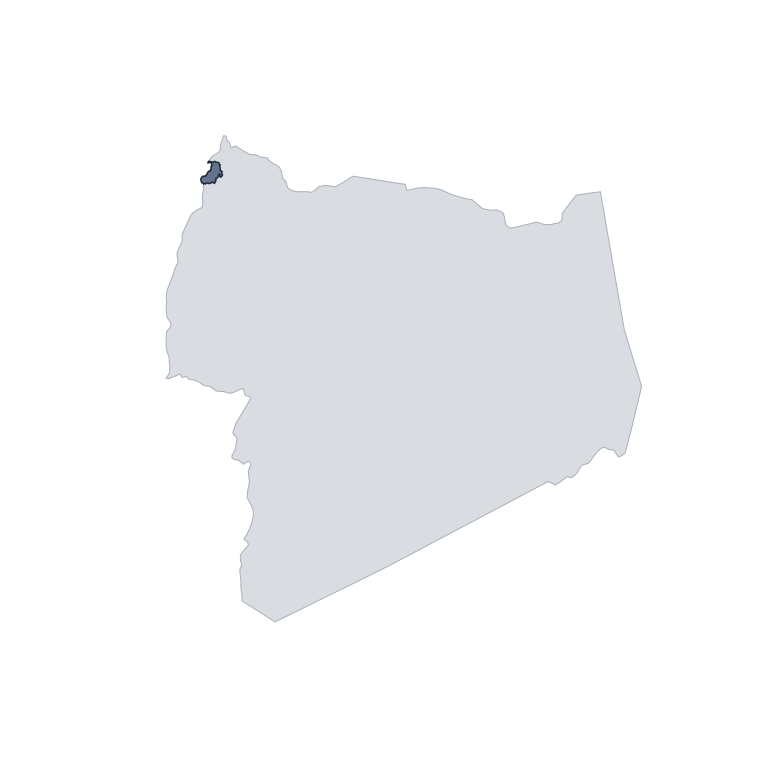 where Skikda sits in Algeria, rotated 293°
{"feature_id": "DZA-2166", "entity_name": "Skikda", "entity_type": "Province", "adm_level": 1, "iso_a3": "DZA", "parent_name": "Algeria", "parent_adm1": "", "projection": "albers", "projection_center": [6.827, 36.763], "detail": "fine", "context": "in_parent", "style": "filled", "palette": "slate", "viewbox_px": 768, "rotation_deg": 293, "n_neighbors": 0, "source": "natural_earth", "source_scale": "10m", "svg_char_len": 5633}
<svg xmlns="http://www.w3.org/2000/svg" viewBox="0 0 768 768"><g transform="rotate(293 384 384)"><path d="M549.8,139.3L550.3,140.8L550.4,142.2L548.4,143.5L547.0,144.3L545.4,147.9L542.3,150.4L541.8,151.1L541.8,151.8L543.9,152.8L544.7,153.9L545.0,155.3L544.1,160.3L542.9,169.2L543.0,171.1L543.8,173.4L544.6,175.2L544.9,177.2L544.7,182.2L545.7,185.1L546.6,187.8L544.7,191.1L544.0,194.1L543.5,198.3L543.4,201.0L542.2,203.4L540.6,205.8L538.8,207.2L536.6,208.5L534.1,210.1L532.1,214.5L527.6,218.1L526.7,219.4L526.3,222.3L526.4,226.3L527.2,229.5L529.4,234.2L531.4,239.4L531.9,242.0L532.7,243.0L535.4,244.7L540.1,246.9L540.9,247.9L543.3,251.4L545.6,257.8L546.3,262.0L554.7,268.4L562.8,273.9L563.4,274.9L568.2,294.2L569.9,301.1L576.1,325.8L573.8,327.3L571.2,329.1L573.2,332.4L577.1,337.8L579.6,342.2L580.4,344.1L582.4,349.5L584.0,354.8L584.4,356.5L585.1,360.6L584.8,371.9L586.3,386.1L588.0,393.2L585.9,399.7L584.1,405.9L584.4,409.0L585.6,413.8L586.8,417.3L588.3,419.1L588.2,425.1L587.6,427.3L583.3,430.6L578.5,433.6L577.2,436.0L576.9,438.8L577.6,440.9L592.3,460.7L592.9,462.7L593.3,468.4L595.9,475.5L598.6,478.5L599.6,480.8L601.5,482.4L603.3,483.5L604.5,483.7L610.8,481.5L621.9,484.2L632.4,487.0L633.2,487.6L639.7,498.2L645.5,508.1L528.4,583.6L515.2,594.5L483.7,621.1L481.2,622.3L439.4,629.3L417.6,632.6L416.5,632.7L415.3,632.8L414.4,632.7L412.6,631.9L410.4,630.2L408.9,629.4L408.6,628.1L409.5,626.5L410.7,625.0L411.1,623.8L411.9,623.0L412.9,622.3L413.0,621.3L412.3,619.5L411.7,617.2L411.8,612.9L411.9,611.0L410.0,609.3L406.3,607.4L402.9,606.2L401.4,605.7L397.6,604.9L392.4,603.6L390.5,602.7L387.3,598.6L385.7,597.5L377.9,596.5L375.3,595.7L373.2,594.6L371.4,593.3L370.5,591.0L370.3,589.3L369.7,588.4L361.2,583.6L359.1,582.0L358.0,580.6L358.1,578.6L358.5,576.2L358.3,574.0L358.0,572.9L218.1,459.2L210.9,453.0L194.7,439.1L122.5,376.7L128.4,340.3L128.9,338.5L129.4,337.7L132.1,336.8L136.5,334.3L138.2,333.2L140.2,332.1L147.4,329.0L148.9,328.0L155.9,324.2L157.5,323.7L160.9,323.8L162.5,323.1L164.6,321.5L167.7,319.7L169.7,318.9L170.2,318.8L171.3,318.8L177.0,320.3L179.4,321.1L182.2,321.9L183.2,321.8L184.1,321.2L185.4,319.8L185.9,318.0L186.2,316.5L186.4,315.8L187.0,315.6L188.2,315.8L189.9,316.3L193.4,316.7L194.6,316.6L198.5,316.8L204.2,316.5L212.4,315.1L216.5,312.8L219.6,310.2L223.0,306.1L225.8,302.6L230.6,300.8L234.6,299.8L236.9,299.5L242.0,298.0L250.8,293.0L257.7,292.9L258.6,292.5L259.7,291.6L259.9,289.8L258.9,288.4L257.6,287.6L256.7,286.7L255.7,286.5L255.3,285.6L255.8,284.0L256.1,282.6L256.9,281.2L256.9,279.1L256.2,276.9L256.1,275.3L256.3,273.9L256.9,272.8L258.4,272.1L260.0,272.0L262.3,272.6L266.2,272.6L276.6,270.0L277.4,269.0L278.3,266.6L279.3,264.5L280.4,263.9L281.0,263.8L289.1,263.1L290.9,263.2L305.8,265.3L318.6,266.9L319.8,266.5L319.9,264.9L319.3,261.8L320.0,260.0L321.9,258.5L324.4,256.7L323.5,254.3L321.8,252.6L319.4,250.5L318.2,249.6L316.1,247.2L314.9,244.5L314.4,239.0L313.0,235.8L312.0,231.9L313.8,225.1L312.5,220.8L312.4,218.9L312.6,216.8L313.4,213.2L313.5,208.0L312.0,202.5L313.1,200.7L313.6,199.8L313.6,199.0L312.0,197.2L311.3,195.7L311.8,194.4L312.9,192.6L312.9,191.8L310.3,189.2L305.8,185.0L304.6,183.2L304.2,181.1L308.7,182.1L311.1,182.0L316.8,180.0L321.4,177.1L324.9,175.7L328.2,172.3L331.0,170.2L335.1,168.0L346.6,163.5L348.3,163.6L351.9,165.1L355.1,164.9L357.4,163.2L360.1,158.8L363.9,156.3L368.6,153.8L375.0,151.6L379.2,149.4L385.7,147.7L401.9,147.2L410.2,146.4L415.8,146.9L421.6,143.3L424.5,142.2L436.8,142.3L442.7,139.7L464.5,140.3L467.2,141.3L469.8,142.9L474.2,146.6L476.4,147.4L479.3,146.7L486.1,143.3L493.7,141.6L497.9,139.6L499.6,136.6L503.2,135.5L505.2,137.8L513.0,140.1L517.8,139.5L519.9,138.8L519.2,135.3L524.3,136.2L528.2,137.8L532.3,141.1L535.0,141.8L539.8,140.2L549.8,139.3Z" fill="#d9dde1" stroke="#a8b0b8" stroke-width="1"/><path d="M497.8,139.7L498.0,139.4L498.1,138.8L498.0,138.3L498.0,137.9L498.3,137.4L498.4,137.2L499.3,136.5L499.7,136.1L499.9,135.9L500.6,135.5L501.6,135.3L502.6,135.2L503.5,135.6L504.3,136.2L504.5,136.2L504.5,136.5L504.6,136.9L504.8,136.9L505.1,137.1L505.3,138.2L505.7,138.6L506.0,138.5L506.4,138.7L506.8,138.9L507.3,139.0L510.7,139.2L510.9,139.3L511.3,139.6L511.7,139.9L511.9,140.2L511.9,140.6L512.6,140.9L513.5,141.0L514.1,140.9L516.1,140.3L516.7,140.0L517.0,140.1L517.6,140.2L518.1,140.3L518.4,140.1L518.6,139.8L519.5,139.0L519.8,138.8L520.0,138.7L520.1,138.4L520.3,138.0L520.4,137.8L520.3,137.4L520.2,137.2L519.3,136.3L518.7,135.7L518.9,135.5L519.3,135.4L519.6,135.4L519.8,135.4L520.2,135.7L520.4,135.7L520.5,135.7L520.5,135.9L521.5,139.8L521.8,140.4L522.4,140.7L522.6,140.9L522.8,141.2L522.7,141.5L522.6,141.8L522.5,142.1L522.5,142.5L522.9,143.7L523.2,145.5L522.9,145.6L522.4,145.9L522.2,146.1L522.0,146.4L521.9,146.7L521.8,147.4L521.7,147.6L521.1,147.7L520.6,147.8L519.9,148.1L517.4,149.5L516.9,149.9L516.4,150.6L516.2,150.9L516.2,151.2L516.3,151.4L516.4,151.6L516.3,151.8L516.1,152.0L514.3,152.5L513.8,152.8L513.3,153.7L511.6,153.3L511.2,153.1L510.9,153.1L510.6,153.0L510.6,152.8L510.6,152.6L510.8,152.4L511.0,152.2L511.1,151.9L511.1,151.5L511.0,151.3L511.1,151.1L511.3,150.9L511.5,150.8L512.0,150.9L512.3,151.0L512.5,151.1L512.7,150.9L512.8,150.7L512.9,150.3L512.6,150.2L512.3,150.1L509.6,150.3L508.6,150.0L507.5,149.5L507.3,149.2L507.2,149.0L507.1,148.9L506.8,148.8L505.7,149.8L505.2,149.9L504.3,149.7L503.5,149.7L502.5,149.6L502.5,148.4L502.9,147.4L502.9,147.1L502.7,146.9L501.6,146.4L500.4,145.1L500.1,144.4L500.0,143.9L500.0,143.1L499.9,142.7L499.8,142.4L499.7,142.1L499.5,141.9L499.3,141.8L499.1,141.6L498.9,141.6L498.4,141.6L498.3,141.3L498.4,140.7L498.4,140.3L498.3,140.1L497.9,139.7L497.8,139.7Z" fill="#64748b" stroke="#1e293b" stroke-width="1.5"/></g></svg>